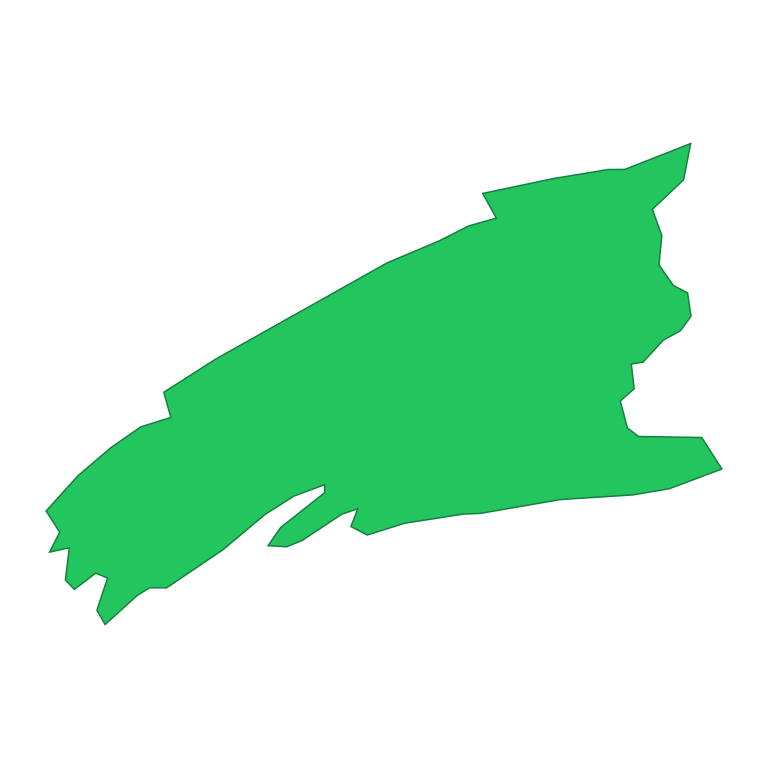 outline of Perry, Pennsylvania, United States of America
{"feature_id": "52423323B70700316727445", "entity_name": "Perry", "entity_type": "district", "adm_level": 2, "iso_a3": "USA", "parent_name": "United States of America", "parent_adm1": "Pennsylvania", "projection": "robinson", "projection_center": [-77.275, 40.407], "detail": "fine", "context": "isolated", "style": "filled", "palette": "green", "viewbox_px": 768, "rotation_deg": 0, "n_neighbors": 0, "source": "geoboundaries", "source_scale": "gbopen_adm2", "svg_char_len": 903}
<svg xmlns="http://www.w3.org/2000/svg" viewBox="0 0 768 768"><path d="M690.7,143.5L624.8,169.4L608.2,169.5L553.5,178.5L482.7,193.4L496.3,218.1L468.7,225.9L439.1,240.9L387.4,262.7L216.0,358.9L163.8,392.2L170.8,417.4L140.9,426.8L110.8,447.7L78.0,475.7L46.1,511.0L59.7,532.2L49.6,552.1L69.3,547.8L65.4,580.1L74.4,589.4L95.6,573.2L107.6,578.0L96.9,610.2L105.1,624.5L137.2,595.5L149.5,587.8L166.5,587.9L223.0,549.7L265.0,514.5L293.8,496.2L324.5,484.7L324.6,492.7L280.5,527.6L268.1,545.7L286.6,546.8L302.1,540.5L341.8,514.2L357.8,508.7L350.9,526.5L367.2,535.0L404.9,523.2L463.2,514.1L480.4,513.4L560.0,499.6L632.9,494.9L669.0,488.8L721.9,469.0L701.7,437.5L638.6,436.5L627.4,428.0L620.3,400.9L634.2,388.8L631.3,364.0L643.0,362.2L663.3,340.1L680.5,330.7L691.0,316.3L687.6,292.9L673.3,285.4L659.0,264.9L661.8,235.5L652.4,209.3L683.6,179.8L690.7,143.5Z" fill="#22c55e" stroke="#15803d" stroke-width="1.5"/></svg>